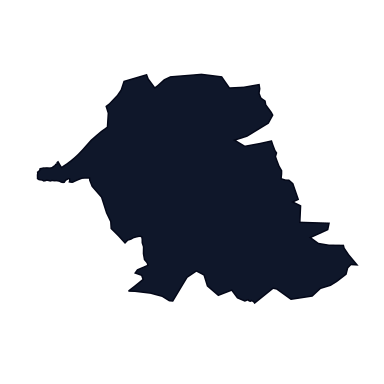 outline of Gombi, Adamawa, Nigeria, rotated 260°
{"feature_id": "59680162B13073760931893", "entity_name": "Gombi", "entity_type": "district", "adm_level": 2, "iso_a3": "NGA", "parent_name": "Nigeria", "parent_adm1": "Adamawa", "projection": "equal_earth", "projection_center": [12.487, 10.209], "detail": "fine", "context": "isolated", "style": "filled", "palette": "ink", "viewbox_px": 384, "rotation_deg": 260, "n_neighbors": 0, "source": "geoboundaries", "source_scale": "gbopen_adm2", "svg_char_len": 2539}
<svg xmlns="http://www.w3.org/2000/svg" viewBox="0 0 384 384"><g transform="rotate(260 192 192)"><path d="M105.5,112.2L104.1,118.8L99.6,133.7L97.5,138.1L94.5,144.6L88.9,150.8L88.0,154.1L102.4,166.6L108.9,172.3L113.5,182.6L109.9,187.3L108.1,189.5L96.8,190.9L85.7,200.0L88.5,214.1L79.9,218.4L75.5,225.1L76.2,228.5L75.3,228.9L74.5,230.0L74.3,230.8L74.8,231.6L73.8,233.2L72.9,233.9L71.8,234.4L83.2,255.1L81.8,258.6L69.2,270.9L68.7,292.3L74.8,301.7L76.1,312.2L79.1,319.5L84.3,329.4L90.3,332.1L93.0,335.8L91.6,341.8L102.9,335.3L110.3,332.0L113.1,331.8L115.8,317.5L119.4,307.4L126.6,300.5L131.4,319.1L137.4,321.5L143.4,292.9L159.0,296.4L159.5,296.5L164.7,289.4L166.3,295.3L182.7,292.7L186.8,289.4L187.4,286.2L189.6,282.0L194.2,283.3L197.4,283.9L202.4,282.1L208.7,280.9L212.4,280.3L215.8,282.0L218.5,280.8L224.3,279.7L228.4,279.1L227.9,267.1L227.8,251.9L235.7,242.8L237.5,255.9L246.6,279.1L253.7,284.8L256.7,283.8L265.0,279.7L268.9,279.7L270.2,278.4L270.9,277.6L272.8,276.0L277.6,275.1L281.9,276.6L286.1,276.7L286.1,261.2L287.9,246.9L295.6,243.3L300.2,241.2L304.0,228.9L306.2,221.7L306.4,219.6L307.0,212.9L309.1,190.8L307.3,184.2L302.7,176.9L300.9,173.4L311.0,168.4L315.3,167.6L312.7,144.3L304.7,140.0L299.9,135.3L293.1,126.1L291.2,122.4L284.2,123.3L270.5,120.0L267.3,113.3L264.1,107.8L260.5,101.8L252.3,91.5L248.7,86.6L246.0,82.4L245.2,81.0L243.6,78.2L242.6,76.2L241.4,73.9L239.6,69.7L238.6,67.9L239.4,67.5L240.0,67.2L241.4,66.6L245.0,65.3L244.9,65.1L244.7,64.8L244.4,64.3L244.1,64.2L243.7,64.2L243.2,64.0L242.9,63.7L242.7,63.3L242.9,62.9L242.7,62.4L242.1,62.1L241.4,61.0L241.2,60.1L240.2,58.5L240.2,56.1L240.9,53.3L241.2,50.8L241.4,49.8L241.3,48.3L241.3,46.5L239.6,45.7L238.3,43.4L237.3,43.4L235.6,42.8L234.3,42.6L233.0,42.4L232.0,42.2L230.8,43.5L230.4,44.6L230.1,45.8L229.5,47.0L228.7,47.8L228.6,49.3L228.9,51.0L228.4,52.4L227.5,54.4L227.7,56.2L227.0,58.4L226.7,60.7L225.7,63.4L224.5,64.9L223.8,66.7L223.8,67.9L224.7,68.7L225.6,69.7L226.2,71.4L226.6,72.6L226.3,73.7L224.7,73.7L223.3,73.0L222.7,74.6L222.4,76.3L222.8,77.5L223.5,80.2L224.1,82.8L224.7,86.0L224.4,89.1L224.0,91.2L223.6,93.6L221.3,93.4L219.3,93.8L214.9,94.7L202.6,102.1L186.3,104.3L177.0,106.9L170.1,106.1L161.6,112.1L153.5,117.2L155.8,120.3L156.0,121.9L156.2,123.6L157.2,126.3L157.5,129.2L157.6,131.9L157.4,133.5L156.5,134.8L154.2,134.8L150.6,134.2L146.5,134.8L139.7,133.5L133.8,133.5L133.7,133.5L131.5,134.8L130.1,135.6L127.4,135.9L124.8,124.8L122.1,122.0L118.7,128.0L114.4,128.7L109.0,119.0L105.5,112.3L105.5,112.2Z" fill="#0f172a" stroke="#020617" stroke-width="1.5"/></g></svg>